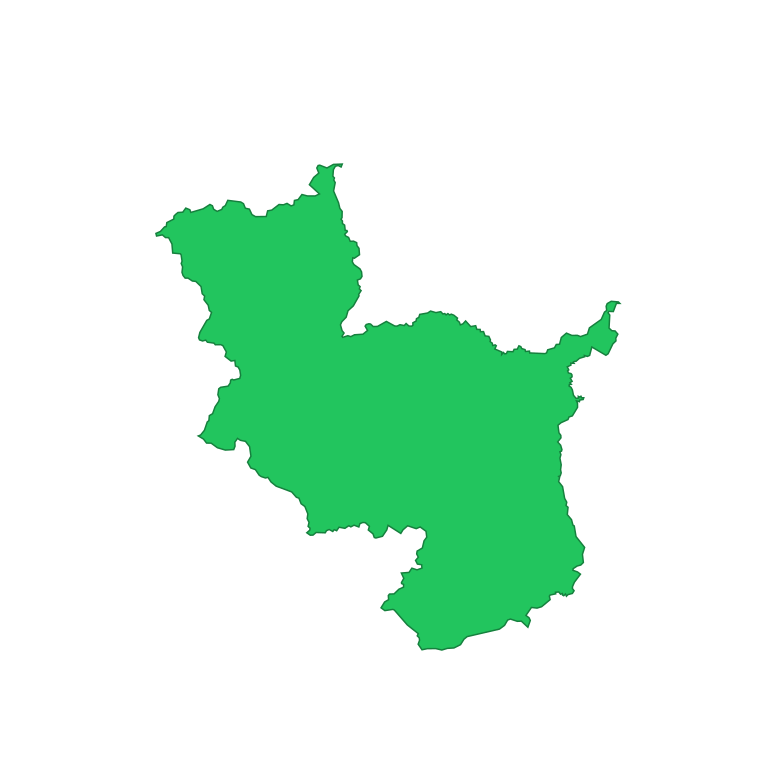 the district of Gonzalo Pizarro, Sucumbios, Ecuador, rotated 34°
{"feature_id": "8360857B84387334952145", "entity_name": "Gonzalo Pizarro", "entity_type": "district", "adm_level": 2, "iso_a3": "ECU", "parent_name": "Ecuador", "parent_adm1": "Sucumbios", "projection": "mercator", "projection_center": [-77.563, 0.112], "detail": "fine", "context": "isolated", "style": "filled", "palette": "green", "viewbox_px": 768, "rotation_deg": 34, "n_neighbors": 0, "source": "geoboundaries", "source_scale": "gbopen_adm2", "svg_char_len": 6158}
<svg xmlns="http://www.w3.org/2000/svg" viewBox="0 0 768 768"><g transform="rotate(34 384 384)"><path d="M534.4,185.3L532.4,184.9L526.1,188.4L524.1,192.5L524.7,195.3L527.5,198.5L526.6,201.1L528.0,209.0L522.9,222.6L524.8,228.9L520.4,234.8L517.2,235.5L512.5,238.7L506.8,239.8L505.0,246.3L507.3,252.9L504.7,254.9L505.1,258.7L500.6,264.1L501.4,267.4L500.3,268.9L487.4,276.8L486.2,275.4L483.1,277.9L481.7,276.6L478.4,277.6L476.5,276.5L474.5,276.9L475.0,280.6L472.5,282.5L472.9,285.1L468.1,288.0L468.5,290.2L467.3,291.5L465.4,291.1L465.1,293.8L463.8,291.6L456.3,293.0L455.7,289.5L454.3,289.4L452.6,291.3L450.9,289.6L448.2,289.5L447.6,287.9L444.3,285.9L440.9,287.6L437.2,284.9L434.7,286.7L433.2,285.0L430.4,286.8L427.4,284.4L423.8,287.9L416.4,286.1L415.8,290.0L414.2,292.3L411.9,290.6L408.5,290.2L408.1,288.3L403.4,287.9L400.7,288.5L399.7,290.1L397.6,289.9L396.8,292.0L395.0,291.6L393.7,293.0L390.6,292.3L387.1,295.8L381.8,297.5L380.5,300.7L374.7,306.3L375.6,309.3L374.4,311.7L375.4,313.9L373.7,317.1L375.1,319.1L374.6,320.6L372.2,322.0L368.5,321.5L368.1,324.2L364.1,325.9L362.5,328.7L360.5,329.9L351.0,330.8L346.4,339.9L342.9,342.4L339.4,341.8L337.8,342.5L336.0,344.6L336.0,346.6L340.4,348.8L338.7,354.5L332.0,359.7L330.0,363.3L327.0,364.2L323.7,368.4L322.5,367.9L322.4,364.1L319.4,363.2L314.8,359.3L314.2,355.9L315.3,349.8L313.2,343.4L314.9,336.4L314.0,324.9L312.9,323.9L312.8,319.4L310.4,319.0L309.7,316.6L307.2,316.3L303.8,312.7L305.7,310.0L305.6,307.1L302.7,303.6L299.7,302.0L292.3,301.8L289.4,300.4L287.6,296.8L289.1,296.3L291.4,290.5L287.4,285.5L284.2,284.4L282.3,282.1L278.9,282.6L276.2,284.6L272.7,282.3L269.3,282.7L267.7,281.8L268.4,278.2L267.5,277.5L265.9,278.3L262.5,274.3L259.8,274.2L258.4,272.1L256.2,271.4L256.2,269.6L252.8,264.3L249.2,263.1L245.0,259.2L234.3,252.2L230.9,244.3L228.3,243.0L227.7,240.9L225.5,240.4L222.2,234.6L221.9,230.7L223.8,228.5L227.1,228.1L226.4,225.0L219.3,230.2L215.9,236.8L208.4,238.5L207.2,239.7L207.5,242.5L212.0,245.6L210.2,252.1L210.7,260.5L224.2,262.5L221.8,266.6L215.4,270.9L210.0,272.8L209.7,279.2L207.1,281.9L209.1,285.9L207.4,288.3L202.6,288.5L200.4,291.7L196.6,293.9L193.7,302.6L190.7,305.5L192.7,311.0L183.9,317.1L179.8,317.4L174.6,314.3L170.7,315.8L166.7,313.1L163.5,313.2L151.8,319.1L152.7,324.8L151.5,327.6L151.9,330.0L149.1,334.2L145.1,334.4L142.1,332.2L139.3,332.5L136.1,339.9L127.9,349.8L125.6,348.1L121.3,349.0L121.1,354.1L117.3,357.0L116.4,359.9L116.0,362.3L117.5,364.8L113.7,371.6L115.4,375.3L114.2,376.5L113.3,382.6L110.7,386.7L112.7,388.5L116.9,384.3L121.0,384.8L123.6,383.1L129.9,386.5L135.6,393.6L142.4,389.9L143.6,390.4L147.9,395.1L148.5,397.5L151.5,399.5L154.1,404.4L156.7,406.4L159.9,407.4L162.3,405.8L167.5,405.8L170.6,404.2L177.8,405.5L182.8,410.8L186.1,411.4L187.6,414.8L194.2,417.0L198.0,420.7L201.0,421.1L202.8,427.7L201.5,430.4L202.5,444.2L204.4,449.3L206.4,450.6L209.5,449.8L211.7,447.3L214.2,448.1L220.2,445.2L222.2,445.8L226.8,442.6L229.0,442.3L235.4,445.6L236.8,450.0L244.4,450.5L247.2,447.9L250.8,452.1L253.5,451.5L256.7,453.1L260.3,457.0L261.3,460.0L257.2,464.7L255.5,465.0L254.7,466.5L256.0,469.2L255.9,473.0L250.4,478.1L249.7,480.4L252.3,485.8L255.7,488.1L256.7,490.8L256.7,497.3L258.5,504.4L256.9,507.9L259.3,512.3L258.7,514.3L261.0,522.8L260.5,528.8L259.1,530.9L265.2,530.6L269.9,532.2L273.8,529.7L281.5,530.0L289.4,527.5L296.1,522.4L295.3,518.9L292.9,515.7L293.0,511.0L296.4,511.0L301.2,509.0L307.6,511.1L314.1,518.3L314.6,525.1L320.5,528.1L325.3,526.9L331.5,529.4L334.0,529.4L338.3,528.2L340.0,526.3L345.1,528.4L351.7,529.0L367.8,525.1L374.7,526.9L377.3,526.2L382.2,529.6L386.9,529.8L393.5,534.3L395.6,538.6L399.2,540.6L400.7,544.5L403.3,544.9L404.2,546.6L403.2,550.5L407.4,550.6L409.7,548.9L410.7,545.1L418.5,540.2L418.3,537.8L419.9,535.3L424.0,534.9L424.2,532.6L426.8,532.1L426.8,527.9L432.3,525.5L434.1,521.1L436.4,521.0L438.1,517.8L443.1,516.6L442.1,513.2L443.9,510.6L446.1,509.4L451.5,510.2L452.6,513.8L458.7,514.4L461.8,516.7L463.4,516.2L467.9,511.1L467.9,503.4L466.4,498.9L481.5,498.5L481.3,494.3L482.9,488.3L491.6,485.9L493.9,482.3L501.2,482.6L505.1,487.1L504.9,491.6L507.5,498.5L504.9,504.0L506.1,506.6L509.3,508.4L508.8,512.6L512.4,514.6L516.3,512.8L518.4,515.4L515.3,519.6L510.1,521.1L510.1,526.2L504.1,531.0L509.1,534.1L509.5,538.8L510.2,539.6L512.3,539.2L513.8,541.5L511.1,545.8L509.7,552.4L506.0,555.1L505.9,557.0L508.4,560.2L506.4,564.4L506.7,571.2L511.4,571.4L517.4,565.9L518.9,565.6L538.0,570.7L552.0,571.8L552.4,574.2L555.1,574.7L556.8,576.6L557.8,580.6L564.1,583.1L568.0,579.1L574.9,574.4L580.7,572.2L584.4,567.7L589.6,563.7L593.2,557.3L593.0,550.9L594.2,546.9L616.8,522.6L618.9,516.7L618.5,510.6L620.2,508.2L627.2,506.2L630.5,503.8L639.3,505.2L637.5,498.2L635.0,496.7L631.1,496.5L631.2,486.8L636.2,484.2L639.2,480.5L642.3,469.9L639.7,467.4L639.7,466.1L643.7,461.9L642.6,460.8L645.2,458.7L647.9,459.5L649.0,458.0L650.0,459.1L651.4,459.0L651.9,456.6L653.9,457.9L654.3,455.7L657.3,452.3L657.2,449.1L654.6,448.2L653.6,446.6L652.7,441.9L653.2,431.8L649.5,431.6L644.8,432.8L644.1,431.3L645.9,426.9L648.4,424.0L649.1,420.5L643.8,414.3L641.7,407.3L628.5,403.1L621.1,395.3L619.5,395.3L615.3,391.6L609.0,389.8L605.5,383.3L602.9,383.0L601.6,379.8L597.7,377.8L589.4,369.2L583.4,367.3L581.8,363.2L580.5,362.9L581.5,361.7L580.6,358.6L578.3,356.3L576.1,351.9L571.3,347.1L570.2,343.7L567.7,341.8L568.7,340.4L568.2,338.9L564.7,336.0L560.4,334.9L560.8,329.7L559.3,327.7L556.3,326.6L551.3,320.9L552.4,317.1L556.4,310.6L555.8,307.9L558.0,305.1L557.5,295.1L555.2,291.8L553.0,290.4L555.9,289.4L555.3,287.8L557.8,285.5L557.3,283.7L555.6,284.9L554.1,284.0L553.5,285.4L552.0,285.6L553.1,286.9L551.3,288.5L547.4,287.4L543.4,283.5L541.0,282.2L538.6,282.2L537.9,280.8L539.4,279.6L537.4,279.0L538.5,276.6L535.2,275.0L535.9,272.9L534.7,271.3L533.3,270.8L530.7,271.7L528.8,270.3L529.3,269.0L526.3,267.3L528.4,263.8L527.2,262.3L529.9,260.6L528.6,260.2L529.1,258.9L530.5,257.8L531.7,253.4L535.1,249.2L534.2,248.3L537.2,247.4L538.5,245.3L535.6,237.1L551.9,236.1L552.9,233.6L551.3,222.8L552.2,218.6L550.5,216.3L550.0,211.9L545.9,210.8L543.1,212.4L539.3,211.8L532.6,200.6L529.9,199.7L529.8,198.1L533.6,195.7L531.6,187.2L534.4,185.3Z" fill="#22c55e" stroke="#15803d" stroke-width="1.5"/></g></svg>